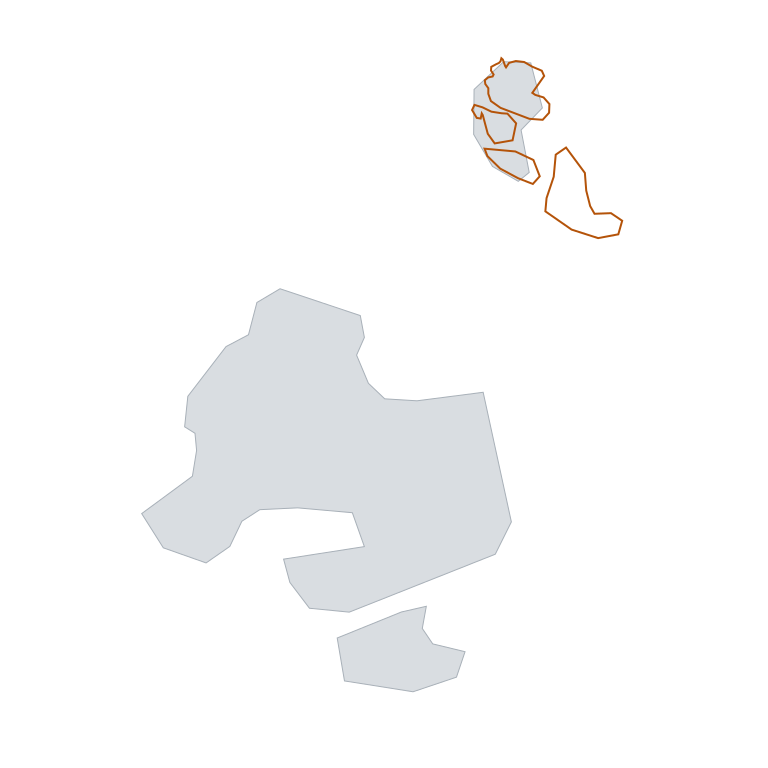 Föglö highlighted on a map of Aland, rotated 263°
{"feature_id": "ALD-4814", "entity_name": "Föglö", "entity_type": "state/province", "adm_level": 1, "iso_a3": "ALA", "parent_name": "Aland", "parent_adm1": "", "projection": "orthographic", "projection_center": [20.496, 60.014], "detail": "fine", "context": "in_parent", "style": "outline", "palette": "amber", "viewbox_px": 768, "rotation_deg": 263, "n_neighbors": 0, "source": "natural_earth", "source_scale": "10m", "svg_char_len": 1706}
<svg xmlns="http://www.w3.org/2000/svg" viewBox="0 0 768 768"><g transform="rotate(263 384 384)"><path d="M340.9,189.9L358.1,190.4L365.8,180.9L395.7,187.8L440.4,231.8L449.4,255.5L480.4,267.8L491.2,292.4L454.8,368.8L432.6,370.2L416.0,360.3L386.6,368.6L369.2,382.9L363.3,414.7L363.7,481.4L231.6,493.6L201.5,473.7L161.8,321.7L170.5,282.7L198.5,266.4L222.4,263.0L225.0,344.7L260.1,336.9L271.6,283.2L274.4,245.4L265.1,226.2L241.6,211.2L228.1,185.6L248.3,145.0L284.9,127.7L315.8,182.6L340.9,189.9ZM155.6,373.5L158.2,398.9L136.7,392.2L120.1,400.7L108.4,431.8L84.2,420.2L75.0,375.3L94.1,308.6L137.6,306.6L155.6,373.5ZM689.3,542.0L684.8,568.8L638.7,574.8L619.4,551.0L576.3,553.9L568.8,542.0L586.7,518.2L620.8,503.4L665.4,509.3L689.3,542.0Z" fill="#d9dde1" stroke="#a8b0b8" stroke-width="1"/><path d="M502.7,614.3L514.4,589.0L535.7,565.2L548.7,568.0L569.0,577.7L590.7,582.4L596.5,593.5L569.0,609.1L551.3,608.3L535.5,610.3L527.3,613.7L525.9,630.1L517.0,640.3L504.0,634.8L502.7,614.3ZM688.6,537.1L690.0,538.9L693.0,540.2L691.5,541.5L684.8,543.0L683.4,543.7L687.5,547.3L688.5,554.2L686.5,562.4L680.9,569.8L675.7,578.8L670.2,580.5L654.9,566.7L652.5,569.4L649.0,577.3L641.7,582.3L633.1,580.9L626.9,573.7L629.5,560.6L643.9,533.3L651.8,524.6L659.3,522.9L664.9,523.6L669.4,521.1L673.2,521.1L675.6,524.8L676.0,529.3L677.8,530.5L682.1,528.4L685.7,529.1L687.7,534.2L688.6,537.1ZM583.6,525.6L597.6,514.4L605.3,512.5L598.8,542.7L588.1,559.6L571.2,563.9L564.4,556.1L571.9,542.2L583.6,525.6ZM638.4,533.7L637.3,539.5L626.6,546.9L610.2,541.3L609.3,523.2L619.7,517.5L638.9,514.8L640.7,514.0L635.7,512.3L636.8,508.5L645.2,504.8L650.0,507.8L646.6,515.5L641.2,523.8L638.4,533.7Z" fill="none" stroke="#b45309" stroke-width="2"/></g></svg>